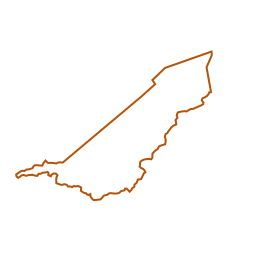 outline of Satubinha, Maranhão, Brazil, rotated 225°
{"feature_id": "56859067B80125891953270", "entity_name": "Satubinha", "entity_type": "district", "adm_level": 2, "iso_a3": "BRA", "parent_name": "Brazil", "parent_adm1": "Maranhão", "projection": "robinson", "projection_center": [-45.262, -3.939], "detail": "fine", "context": "isolated", "style": "outline", "palette": "amber", "viewbox_px": 256, "rotation_deg": 225, "n_neighbors": 0, "source": "geoboundaries", "source_scale": "gbopen_adm2", "svg_char_len": 2127}
<svg xmlns="http://www.w3.org/2000/svg" viewBox="0 0 256 256"><g transform="rotate(225 128 128)"><path d="M88.3,76.2L88.3,78.5L86.4,81.4L87.2,83.1L86.0,84.2L84.2,84.2L81.8,84.1L81.8,86.5L82.4,88.8L81.9,90.8L83.4,92.6L83.1,95.0L83.8,96.9L84.6,98.5L82.6,101.1L83.4,103.5L84.0,105.3L84.8,107.1L84.4,109.0L86.8,109.8L88.5,109.7L90.5,108.9L92.5,108.9L93.7,110.8L95.1,112.2L95.4,113.9L94.4,117.0L92.8,119.2L91.0,121.3L89.4,122.3L89.9,124.4L91.6,126.1L92.7,127.3L92.7,129.8L92.7,131.5L92.1,134.0L93.1,136.9L92.0,139.5L90.3,142.7L91.6,144.8L93.4,146.6L95.7,147.7L97.1,150.2L96.6,152.0L97.1,154.1L97.5,157.3L97.8,159.0L97.6,161.5L97.1,163.0L96.4,164.7L98.4,166.2L99.9,167.1L100.3,170.2L102.3,171.2L103.3,172.9L103.7,174.4L102.7,176.1L101.3,178.2L99.9,179.9L98.2,181.2L97.8,183.4L97.1,185.6L95.1,188.2L94.8,189.8L94.0,191.2L93.3,193.2L92.3,195.6L91.7,198.0L92.7,199.4L94.2,199.4L95.6,199.9L96.3,201.8L95.4,203.9L94.8,206.3L95.0,209.0L95.8,210.6L94.6,212.0L115.4,226.5L119.2,236.2L120.2,238.5L121.2,239.7L123.0,241.1L144.3,196.7L144.4,190.4L144.7,179.2L143.2,178.9L139.8,178.2L140.8,158.9L141.3,154.0L149.7,57.5L150.8,56.4L151.9,55.6L153.1,53.9L153.7,52.1L155.0,51.3L156.2,50.4L158.1,48.6L159.7,46.8L161.6,46.6L163.3,46.6L162.9,43.4L162.0,40.8L163.2,39.6L164.6,38.5L166.0,37.4L167.4,35.9L167.8,34.3L167.1,32.0L168.9,28.6L170.5,26.7L170.8,24.4L172.4,23.2L173.1,21.6L173.8,18.9L174.2,16.0L172.5,14.9L170.4,15.1L169.9,17.3L169.8,19.0L168.7,20.9L166.2,22.2L165.0,24.4L163.6,25.9L162.7,27.2L161.5,27.8L159.8,28.8L158.3,30.0L158.8,32.5L157.4,33.8L156.7,36.1L155.1,37.9L153.7,40.1L152.1,39.8L151.0,38.3L148.4,39.3L149.1,40.9L148.4,43.2L146.9,44.7L144.6,44.8L143.3,41.9L141.7,40.2L139.6,38.3L137.0,39.6L135.3,40.3L134.2,41.5L133.4,43.2L131.2,44.5L128.9,44.3L127.4,45.9L125.7,46.7L125.3,48.8L123.9,49.4L122.4,51.6L120.6,52.3L119.1,52.8L118.1,51.7L116.7,50.3L114.8,50.6L112.7,51.2L111.5,52.2L109.9,52.0L108.7,52.6L107.9,54.6L106.0,53.0L103.4,52.6L101.5,52.7L100.0,54.2L98.0,56.8L97.0,58.0L97.0,60.8L97.3,62.8L96.3,64.9L95.4,66.2L95.3,68.0L94.3,69.6L92.3,71.2L90.3,72.9L88.9,74.8L88.3,76.2Z" fill="none" stroke="#b45309" stroke-width="2"/></g></svg>